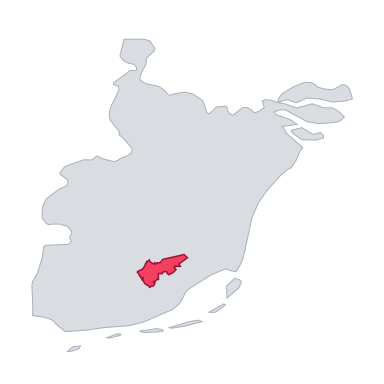 De Fryske Marren, Friesland, Netherlands (highlighted), rotated 178°
{"feature_id": "6326949B89893145575998", "entity_name": "De Fryske Marren", "entity_type": "district", "adm_level": 2, "iso_a3": "NLD", "parent_name": "Netherlands", "parent_adm1": "Friesland", "projection": "robinson", "projection_center": [5.755, 52.912], "detail": "fine", "context": "in_parent", "style": "filled", "palette": "rose", "viewbox_px": 384, "rotation_deg": 178, "n_neighbors": 0, "source": "geoboundaries", "source_scale": "gbopen_adm2", "svg_char_len": 6261}
<svg xmlns="http://www.w3.org/2000/svg" viewBox="0 0 384 384"><g transform="rotate(178 192 192)"><path d="M254.6,347.0L245.9,346.8L237.7,346.6L233.4,346.0L228.8,344.4L226.7,341.0L224.1,337.0L224.8,334.5L232.5,327.4L233.6,325.5L232.9,324.4L233.6,321.3L239.5,310.8L240.3,306.6L237.6,303.6L233.8,301.8L221.5,298.7L215.7,294.3L213.0,290.5L210.3,289.4L206.2,290.7L196.0,292.1L187.8,290.0L178.0,282.7L175.8,276.2L174.6,271.2L172.2,269.5L168.9,272.1L164.7,276.1L156.5,276.6L154.2,275.7L153.8,273.4L153.3,271.3L151.1,268.6L148.7,267.2L138.2,274.6L134.3,274.6L129.5,271.7L127.1,268.9L121.7,270.5L116.9,274.0L118.5,280.5L115.9,281.7L110.0,281.1L103.3,278.4L95.8,276.8L84.6,272.3L68.7,276.0L57.8,271.6L48.7,271.2L43.1,267.7L37.1,261.8L41.4,257.9L45.6,256.6L62.3,255.8L74.4,258.2L96.1,271.0L101.6,270.9L107.5,269.3L104.5,265.8L99.1,264.1L91.0,260.7L84.6,255.9L99.8,254.3L97.7,251.8L95.8,247.5L79.9,232.7L82.7,228.7L86.8,220.1L91.9,212.9L95.9,211.0L102.5,205.9L116.9,191.0L126.0,178.9L132.9,164.5L143.0,124.9L145.9,118.2L150.7,110.8L156.7,112.2L160.8,114.3L175.4,108.7L200.6,94.0L208.0,81.3L215.3,75.4L244.1,64.0L259.9,60.5L284.4,59.6L302.2,57.6L323.4,56.8L331.6,63.9L336.3,69.1L343.9,72.0L355.6,74.0L355.0,84.2L355.3,104.5L354.4,108.1L349.2,116.6L343.8,132.0L342.3,142.0L340.7,143.9L318.2,143.9L315.1,145.6L314.6,147.8L315.8,150.4L315.2,153.0L313.5,155.1L314.5,158.4L318.4,162.2L325.5,164.6L333.1,164.8L337.0,164.4L339.9,167.1L342.7,171.3L342.6,176.5L341.5,183.6L338.0,190.1L327.6,197.6L323.0,200.3L318.6,201.6L316.6,203.6L315.6,206.1L315.8,208.4L323.3,214.4L323.1,215.8L321.0,218.9L318.1,221.9L299.1,228.0L291.2,227.5L286.7,230.6L285.3,231.2L280.3,228.4L269.1,225.1L264.9,226.2L262.6,228.0L255.6,230.2L250.6,233.6L250.6,237.9L259.5,249.1L262.6,251.3L262.8,255.5L267.1,260.8L271.5,267.4L272.0,271.6L271.5,275.8L269.3,281.8L261.6,295.9L261.5,298.7L262.1,300.7L264.8,301.3L266.8,302.3L266.2,304.2L251.7,314.0L249.9,315.7L243.8,315.2L242.9,316.9L243.7,319.5L246.1,321.8L251.2,323.0L255.7,325.5L259.3,330.4L254.6,347.0ZM103.3,278.4L102.0,282.5L98.6,287.0L87.2,293.5L75.4,297.7L69.3,297.2L65.1,295.0L62.9,292.6L56.6,290.4L47.9,289.3L42.5,291.7L38.6,294.0L35.2,293.6L32.7,291.7L30.8,288.7L28.4,279.4L34.8,277.7L48.9,277.0L59.7,280.3L73.9,281.9L84.9,277.4L93.5,281.2L103.3,278.4ZM80.0,240.4L88.3,246.3L90.0,248.1L90.7,250.1L80.0,252.5L68.9,245.3L61.4,247.0L58.6,243.6L58.6,241.4L66.4,239.6L80.0,240.4ZM160.7,96.8L152.3,104.4L147.2,102.3L145.7,100.5L148.4,94.6L160.8,84.7L160.7,96.8ZM197.9,62.8L190.1,63.7L186.5,62.2L205.5,57.9L217.4,56.6L219.6,57.2L197.9,62.8ZM248.7,54.9L232.1,56.7L226.5,55.4L225.6,54.1L230.1,53.4L244.3,53.2L248.7,54.3L248.7,54.9ZM179.6,71.2L164.0,79.1L162.6,77.9L172.7,71.0L179.6,71.2ZM316.5,41.6L308.7,42.0L310.9,39.1L318.1,37.0L322.0,37.0L316.5,41.6ZM282.7,49.3L271.0,53.0L268.1,52.2L268.8,51.2L279.2,48.9L282.7,49.3Z" fill="#d9dde1" stroke="#a8b0b8" stroke-width="1"/><path d="M237.6,98.1L237.3,98.2L237.2,98.3L236.9,98.5L236.1,99.2L235.7,99.5L235.3,99.5L235.4,99.4L235.2,99.4L234.1,99.4L232.5,101.2L232.5,101.3L232.5,101.5L232.3,102.5L232.2,102.8L232.4,102.9L232.5,102.9L232.7,103.1L233.3,103.4L233.4,103.5L233.5,103.5L233.0,103.8L232.9,104.0L233.0,104.1L232.8,104.3L232.6,104.3L232.4,104.3L232.2,104.3L231.8,104.4L231.3,104.5L231.0,104.8L230.9,104.9L230.8,105.0L230.7,105.1L230.6,105.3L230.5,105.5L230.1,105.8L230.1,106.0L229.9,106.1L229.7,106.1L229.4,106.0L229.1,105.9L228.8,105.7L228.7,105.7L228.5,105.9L228.5,106.0L228.4,106.1L228.4,106.4L228.4,106.5L228.5,106.7L228.5,107.0L228.6,107.4L228.7,108.0L228.5,109.9L228.4,111.2L228.4,111.4L228.5,111.5L228.0,111.6L227.8,111.6L227.6,111.7L224.6,111.3L224.5,111.5L224.4,112.8L220.5,113.5L220.3,113.3L220.1,113.0L220.0,112.9L220.0,112.7L219.9,112.6L219.6,112.2L219.4,111.9L219.3,111.7L219.2,111.5L219.1,111.4L218.9,111.1L218.8,110.9L218.7,110.8L218.8,110.8L218.7,110.7L218.4,110.4L218.0,110.1L213.8,112.1L213.7,112.2L213.5,112.3L213.2,112.6L212.3,113.4L212.1,113.5L210.7,114.9L210.6,115.0L211.6,116.0L211.8,116.2L212.0,116.3L211.9,116.4L211.7,116.7L212.0,117.0L212.5,117.3L212.3,117.7L212.2,117.8L212.1,118.0L211.9,118.1L211.7,118.2L211.7,118.3L211.5,118.1L211.3,118.3L210.6,118.6L210.3,118.3L210.2,118.2L209.9,118.3L209.8,118.2L209.7,118.2L209.6,118.3L209.1,118.2L208.9,118.2L208.9,118.3L208.3,118.2L208.1,118.2L207.7,118.0L207.3,118.0L206.8,117.9L206.3,118.1L206.8,118.4L206.8,118.5L206.9,118.4L207.3,119.5L207.2,119.5L207.3,119.8L207.5,120.6L204.7,122.5L198.8,126.4L202.1,129.8L212.4,127.8L223.6,125.7L226.1,122.6L229.7,122.3L229.7,122.1L229.8,122.1L229.8,122.3L230.2,122.2L230.3,122.2L230.5,122.0L230.4,121.9L230.5,121.9L230.7,122.0L230.9,122.0L231.3,122.1L231.7,122.3L231.8,122.4L231.8,122.2L231.7,122.1L231.5,121.4L233.5,121.7L236.6,124.1L236.8,124.8L236.9,125.2L236.9,125.3L237.0,125.6L237.5,125.3L238.3,124.8L238.7,124.5L239.3,124.2L239.6,124.1L239.4,123.9L239.4,123.7L239.5,123.5L239.6,123.4L239.8,123.3L240.0,123.2L240.2,122.9L240.1,122.7L240.3,122.6L240.3,122.4L240.7,122.1L240.8,121.9L240.9,121.7L241.0,121.5L241.1,121.4L241.3,121.4L241.3,121.1L241.3,120.9L241.4,120.6L241.5,120.5L241.5,120.4L241.6,120.2L242.1,119.4L242.2,119.2L242.4,119.1L242.5,118.9L242.6,118.7L242.7,118.4L242.9,118.1L243.0,118.0L243.1,117.9L243.3,117.8L243.4,117.7L243.5,117.6L243.6,117.4L244.0,117.1L244.2,116.8L244.3,116.7L244.6,116.4L244.8,116.4L245.0,116.4L245.1,116.2L245.1,115.9L245.4,115.7L245.5,115.7L245.8,115.7L246.0,115.7L246.3,115.7L246.5,115.5L247.0,115.5L247.3,115.4L247.7,115.2L247.8,115.2L248.0,115.0L248.6,114.7L248.9,114.5L249.1,114.4L249.3,114.2L249.5,113.9L249.3,113.8L249.2,113.6L248.7,112.8L248.3,112.2L248.1,111.8L248.0,111.7L247.4,110.8L247.5,110.6L246.7,109.4L246.8,109.2L246.7,109.1L246.2,108.6L246.1,108.4L246.0,108.5L245.9,108.4L245.6,108.5L245.4,108.2L245.2,108.1L245.3,108.0L245.2,108.0L244.3,108.2L243.9,108.3L243.8,108.1L243.7,107.8L243.7,107.5L243.7,107.4L243.6,106.9L243.6,106.7L244.0,106.7L244.3,106.6L245.2,106.4L245.2,106.2L244.2,105.2L243.7,104.8L243.6,104.6L243.5,104.4L243.4,104.3L243.3,103.9L242.7,102.6L242.1,101.9L241.7,101.6L241.3,101.3L241.1,101.2L240.9,101.1L240.7,100.9L239.9,100.3L239.7,100.2L238.6,99.7L238.3,99.5L238.1,99.4L237.9,99.3L237.8,99.1L237.7,99.0L237.6,98.9L237.5,98.7L237.8,98.4L237.6,98.1L237.6,98.1Z" fill="#f43f5e" stroke="#9f1239" stroke-width="1.5"/></g></svg>